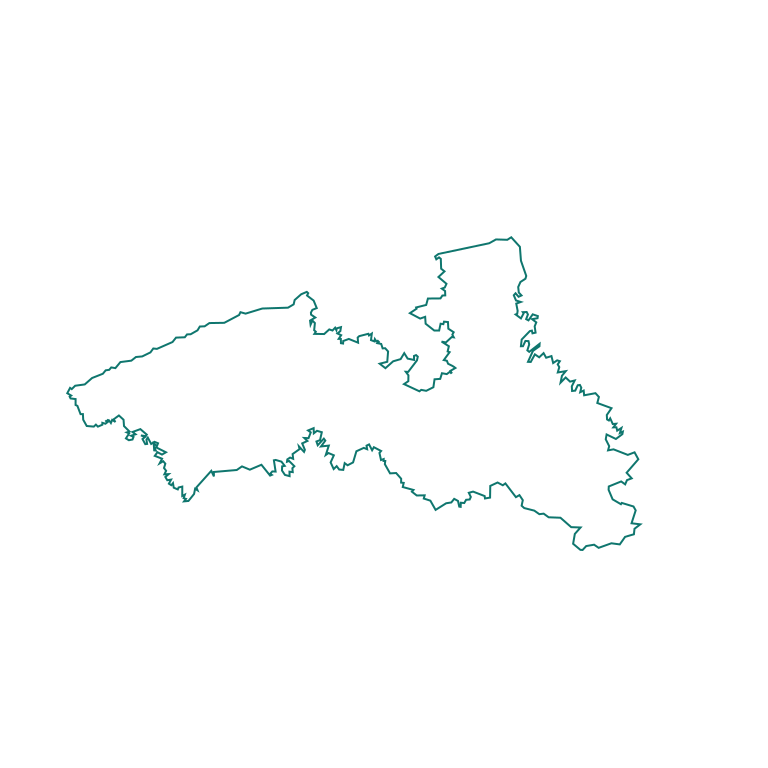 Amathole, Eastern Cape, South Africa (Mercator projection), rotated 202°
{"feature_id": "47623444B36505680523289", "entity_name": "Amathole", "entity_type": "district", "adm_level": 2, "iso_a3": "ZAF", "parent_name": "South Africa", "parent_adm1": "Eastern Cape", "projection": "mercator", "projection_center": [27.79, -32.642], "detail": "fine", "context": "isolated", "style": "outline", "palette": "teal", "viewbox_px": 768, "rotation_deg": 202, "n_neighbors": 0, "source": "geoboundaries", "source_scale": "gbopen_adm2", "svg_char_len": 6163}
<svg xmlns="http://www.w3.org/2000/svg" viewBox="0 0 768 768"><g transform="rotate(202 384 384)"><path d="M540.1,209.1L535.7,209.0L535.7,211.1L532.6,213.3L529.1,204.6L527.2,206.8L527.0,203.1L524.6,203.3L525.4,200.3L521.5,202.3L518.9,210.9L519.9,216.1L517.1,215.6L519.2,217.8L511.6,238.8L507.1,234.6L508.8,238.7L488.3,249.1L484.8,254.4L476.3,254.3L467.4,263.2L455.3,256.4L454.0,257.7L455.9,258.1L454.8,261.1L451.7,262.2L457.5,272.0L456.0,273.0L450.0,273.6L445.4,270.9L447.6,269.5L446.2,265.6L441.8,262.6L437.0,263.2L438.8,267.3L435.6,268.1L437.4,271.6L436.3,274.2L443.2,277.1L444.8,275.6L445.4,277.9L443.5,280.6L440.2,280.6L442.5,284.8L437.9,292.0L439.5,294.3L432.7,291.1L432.7,293.3L437.6,298.3L433.7,302.5L437.7,304.1L433.7,305.5L433.8,311.7L437.0,312.5L432.7,316.7L430.6,312.0L428.6,315.5L423.6,316.0L422.3,308.0L425.1,305.4L422.5,302.4L419.3,310.8L417.2,309.5L419.0,302.5L412.1,306.2L411.4,296.4L409.6,299.2L403.8,299.1L404.1,291.3L398.8,286.3L397.1,290.1L393.5,287.9L389.6,289.1L390.8,295.9L387.3,295.0L383.3,299.7L384.4,311.3L378.8,317.2L375.2,317.2L377.1,320.3L375.2,322.4L370.2,318.1L369.7,321.6L361.6,320.8L362.4,318.4L358.3,312.4L356.2,314.3L355.6,312.5L354.0,313.1L353.2,310.0L344.9,303.4L339.4,306.0L332.6,302.6L331.2,299.0L328.7,299.7L328.0,295.5L317.0,296.8L317.8,294.6L311.9,292.9L304.6,296.0L304.2,292.7L297.3,293.2L289.0,286.6L281.7,296.7L277.2,299.4L275.9,303.8L271.6,303.3L268.3,298.5L266.9,298.8L268.3,302.7L265.0,303.7L264.5,307.4L261.3,309.0L261.2,311.8L264.6,314.9L261.1,317.6L248.7,317.8L247.5,315.7L243.1,318.4L247.3,329.3L241.8,335.2L235.9,334.6L234.2,337.3L219.3,328.5L216.8,331.7L211.8,328.3L210.8,322.7L207.5,321.5L197.2,322.9L191.2,321.5L187.4,323.6L181.4,322.1L170.3,326.1L156.8,321.4L148.0,324.6L150.9,316.5L148.8,306.7L139.8,303.8L137.7,304.5L135.8,309.5L129.0,313.7L123.6,312.5L113.5,321.5L105.3,323.6L103.2,332.6L96.0,338.3L97.5,343.6L93.8,349.9L102.3,347.6L103.3,361.1L106.8,363.9L119.0,362.8L119.3,361.3L128.8,362.7L136.1,370.0L137.2,373.2L127.6,382.5L122.8,381.3L122.7,385.9L119.0,389.3L125.8,392.6L120.0,409.5L126.1,414.5L131.4,409.6L146.7,409.4L151.4,406.4L151.9,410.7L157.7,415.8L158.7,420.6L148.4,419.9L144.2,426.8L144.7,429.3L146.9,426.9L147.4,432.2L150.3,428.1L152.3,430.9L155.1,429.7L153.9,434.1L156.9,432.6L161.4,436.9L161.8,434.4L163.9,434.7L165.8,438.7L164.0,446.8L179.1,446.3L179.9,452.5L184.5,454.7L194.2,448.5L196.4,452.7L199.0,449.9L199.7,454.5L202.0,456.5L203.9,455.4L204.2,449.5L207.0,448.0L209.0,452.2L208.5,458.7L212.4,455.9L218.0,458.1L220.8,451.4L222.1,458.3L220.3,464.0L227.2,459.8L227.8,465.3L230.3,467.3L229.5,471.0L232.3,470.8L235.0,466.8L239.2,472.6L243.5,469.1L247.6,472.4L250.1,466.9L255.2,468.0L256.2,459.4L258.8,458.5L258.3,470.5L254.0,477.2L254.8,479.6L261.4,468.2L263.7,468.9L264.2,475.1L266.1,477.9L269.0,476.9L269.3,471.1L271.2,470.3L273.0,476.8L268.6,487.7L266.9,488.9L265.3,486.6L262.7,488.4L265.9,493.9L265.9,498.2L271.0,499.6L266.3,502.5L266.8,504.6L272.2,504.3L273.9,497.1L276.5,497.4L276.6,502.4L278.7,504.2L282.2,502.6L281.0,501.8L281.6,496.1L288.0,497.8L286.8,499.0L287.5,501.9L291.5,508.1L287.9,511.3L292.9,510.9L296.9,514.9L296.0,517.4L291.9,515.3L289.7,517.6L293.3,519.3L295.9,524.2L295.7,529.7L292.3,534.6L292.6,537.5L303.2,549.6L309.4,562.1L321.0,567.7L323.7,563.9L334.3,560.0L339.2,553.9L382.2,525.0L384.4,521.4L382.2,519.2L380.4,522.0L378.2,521.3L374.2,512.3L370.1,511.1L373.6,503.6L363.6,500.3L363.8,496.2L366.1,494.1L362.2,493.1L360.4,489.1L363.0,487.9L363.7,484.5L375.3,479.7L374.5,473.1L382.9,467.0L382.0,466.0L386.5,459.4L375.0,458.2L371.0,461.7L368.0,455.5L357.4,452.4L352.9,454.2L354.1,461.1L351.4,461.7L351.7,464.3L347.9,465.4L345.1,459.4L338.8,458.1L339.1,455.3L336.8,453.4L338.8,452.9L342.2,445.7L346.5,444.9L338.0,443.3L337.2,438.0L335.1,438.1L337.5,428.6L334.4,429.1L332.2,426.8L327.4,426.4L325.6,426.1L323.8,425.6L327.4,421.0L325.7,419.8L326.0,419.3L327.5,420.0L329.5,416.7L334.3,415.7L333.8,409.8L338.9,407.3L337.0,399.5L342.3,393.5L347.3,392.5L348.4,390.5L365.4,391.4L362.5,395.7L364.6,401.2L368.4,403.5L366.1,404.3L362.3,418.2L362.9,422.0L365.1,422.8L366.7,421.2L365.1,417.6L371.6,416.4L376.8,420.2L377.9,413.3L384.0,408.5L388.6,399.2L395.6,401.2L389.3,405.8L392.4,415.7L396.3,417.6L398.6,416.5L401.6,420.1L405.3,419.4L404.6,421.1L406.0,421.7L407.0,420.6L409.3,422.2L408.9,419.9L412.5,419.8L414.2,426.2L416.1,423.4L417.3,424.7L424.9,419.1L425.8,417.2L423.5,412.6L433.5,412.6L437.9,408.6L437.1,406.2L439.2,405.7L440.9,409.6L442.9,408.9L442.0,413.2L446.1,413.4L444.3,416.7L445.2,420.6L448.7,417.9L448.3,416.0L450.4,417.9L451.8,414.3L455.2,414.1L458.2,407.9L467.3,404.4L466.8,406.9L468.9,407.7L470.9,414.6L474.1,416.0L474.3,411.5L476.3,415.1L472.6,419.9L477.6,421.0L478.5,422.8L478.2,425.9L474.8,429.2L480.5,435.0L488.5,437.2L488.3,439.8L490.1,440.5L494.4,436.2L498.3,428.4L497.6,424.0L501.6,418.8L525.1,408.4L538.7,397.4L544.0,396.8L544.2,393.7L555.0,380.9L568.7,375.1L571.9,370.3L576.3,368.3L577.0,363.9L581.9,357.7L585.2,356.2L586.2,352.7L594.2,349.1L595.8,343.7L607.7,331.5L611.2,330.5L612.4,325.8L618.5,319.0L624.1,316.1L627.0,311.0L636.6,305.6L639.0,298.1L643.1,297.2L644.1,294.2L647.2,292.4L648.5,288.2L656.9,280.2L661.3,271.5L669.7,266.7L671.6,262.3L673.6,262.8L674.2,256.8L669.7,256.1L670.7,254.5L669.2,253.2L664.3,254.5L662.1,249.0L660.1,248.9L654.1,242.4L651.9,243.3L649.5,238.2L643.9,233.7L637.1,235.8L635.9,238.4L633.3,237.3L629.9,240.7L630.6,242.5L627.4,242.8L626.3,244.7L628.7,246.0L626.7,245.1L626.4,248.0L625.7,245.7L624.9,247.0L622.6,245.5L622.6,248.9L618.8,248.2L621.5,249.9L618.0,255.5L612.1,253.3L609.3,247.6L602.2,244.6L604.3,242.8L601.8,242.7L602.9,236.9L599.5,236.3L596.4,238.3L596.4,241.1L599.1,241.3L595.5,244.3L599.2,245.3L593.0,250.9L585.0,248.2L585.6,246.3L590.1,245.3L585.7,245.3L587.3,242.5L582.8,238.8L581.2,239.7L583.4,243.4L582.9,245.8L577.4,241.2L575.2,244.4L571.3,244.4L571.3,241.3L575.3,242.7L572.2,236.4L570.7,236.8L572.5,238.5L571.7,239.9L560.6,239.0L563.4,235.4L568.5,235.9L569.6,231.5L561.8,231.6L562.3,226.4L559.8,229.7L556.9,228.2L556.5,223.7L553.5,221.9L553.8,218.0L549.9,219.8L551.9,215.9L548.9,213.6L545.6,215.6L546.1,211.0L543.3,210.5L542.5,213.0L540.1,209.1Z" fill="none" stroke="#0f766e" stroke-width="2"/></g></svg>